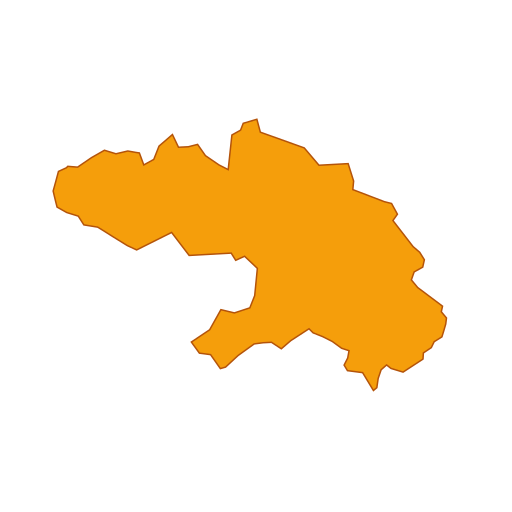 Mirditë, Lezhë, Albania (orthographic projection), rotated 238°
{"feature_id": "67620474B99888539945274", "entity_name": "Mirditë", "entity_type": "district", "adm_level": 2, "iso_a3": "ALB", "parent_name": "Albania", "parent_adm1": "Lezhë", "projection": "orthographic", "projection_center": [19.989, 41.852], "detail": "fine", "context": "isolated", "style": "filled", "palette": "amber", "viewbox_px": 512, "rotation_deg": 238, "n_neighbors": 0, "source": "geoboundaries", "source_scale": "gbopen_adm2", "svg_char_len": 1597}
<svg xmlns="http://www.w3.org/2000/svg" viewBox="0 0 512 512"><g transform="rotate(238 256 256)"><path d="M333.0,152.4L324.4,158.0L323.1,171.7L320.7,196.9L291.9,199.6L271.6,236.5L268.5,236.5L265.7,236.5L263.1,236.5L262.7,239.5L262.5,241.3L261.8,246.2L244.8,250.6L223.1,233.9L215.3,223.3L219.2,207.5L229.1,197.8L218.0,177.6L217.3,155.6L213.7,155.8L209.7,156.1L203.6,156.5L200.5,160.3L198.0,163.3L196.4,165.2L192.6,165.4L179.4,166.1L177.9,171.3L181.1,188.1L182.4,207.9L178.7,216.0L174.6,223.4L163.9,228.3L165.8,240.7L166.2,262.4L160.6,263.7L152.3,269.8L143.1,275.4L132.4,279.7L126.4,284.7L120.9,279.7L116.8,272.9L110.3,272.8L100.6,284.6L79.7,284.3L80.3,288.7L87.4,294.7L93.2,301.8L94.4,309.0L89.1,310.9L79.6,319.2L80.1,343.0L85.1,346.6L85.4,356.1L88.9,361.7L88.9,370.8L92.7,375.2L97.7,380.8L102.5,384.7L110.5,383.6L114.6,387.6L143.6,376.4L153.4,375.1L158.7,381.7L158.2,391.5L163.6,396.8L172.4,396.8L180.7,394.2L213.5,390.9L216.5,398.1L228.7,398.8L234.1,393.6L261.0,373.3L267.8,378.5L285.5,383.1L299.6,357.5L322.1,354.2L358.7,325.3L371.5,329.2L375.3,315.5L370.9,309.6L371.4,299.7L344.0,278.2L352.8,272.9L367.9,266.3L381.6,265.6L384.5,256.5L389.3,247.9L403.3,249.5L400.6,232.0L392.1,220.5L392.7,209.1L399.4,210.5L405.2,211.7L407.6,208.9L410.4,205.8L413.0,202.9L416.9,191.4L426.0,183.5L426.6,168.5L425.9,151.8L430.9,145.1L431.8,143.9L431.3,142.0L432.4,133.3L429.8,130.5L425.6,126.0L418.6,118.4L413.9,116.8L408.2,114.9L402.9,113.2L397.6,116.1L393.2,118.5L384.0,126.4L373.6,126.5L364.4,137.0L358.6,139.9L348.4,144.8L342.1,147.9L333.0,152.4Z" fill="#f59e0b" stroke="#b45309" stroke-width="1.5"/></g></svg>